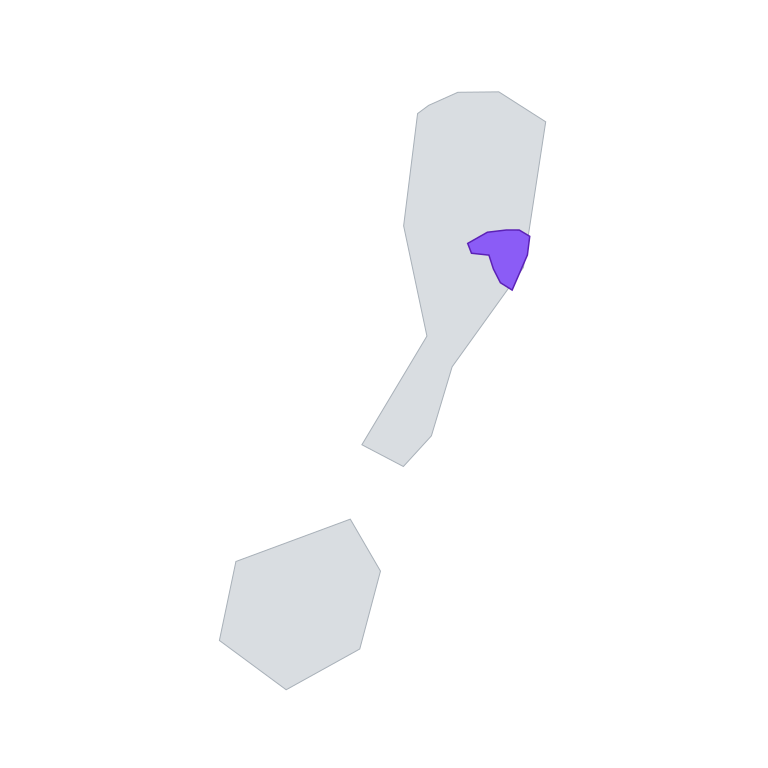 Saint Mary Cayon highlighted on a map of Saint Kitts and Nevis, rotated 63°
{"feature_id": "KNA-5106", "entity_name": "Saint Mary Cayon", "entity_type": "Parish", "adm_level": 1, "iso_a3": "KNA", "parent_name": "Saint Kitts and Nevis", "parent_adm1": "", "projection": "natural_earth1", "projection_center": [-62.73, 17.347], "detail": "fine", "context": "in_parent", "style": "filled", "palette": "violet", "viewbox_px": 768, "rotation_deg": 63, "n_neighbors": 0, "source": "natural_earth", "source_scale": "10m", "svg_char_len": 617}
<svg xmlns="http://www.w3.org/2000/svg" viewBox="0 0 768 768"><g transform="rotate(63 384 384)"><path d="M466.3,404.2L428.1,431.3L360.8,324.0L252.0,294.7L158.3,231.3L156.0,217.7L157.6,185.8L175.8,149.1L223.8,120.9L343.5,206.9L399.6,315.5L451.7,365.3L466.3,404.2ZM612.0,610.0L537.8,647.1L474.9,596.5L489.1,475.4L549.1,472.1L609.1,525.9L612.0,610.0Z" fill="#d9dde1" stroke="#a8b0b8" stroke-width="1"/><path d="M318.6,187.1L334.2,197.7L358.5,227.2L346.6,234.3L331.2,234.3L316.8,232.0L307.2,246.7L296.7,245.6L295.7,223.0L302.4,204.9L308.2,193.6L318.6,187.1Z" fill="#8b5cf6" stroke="#5b21b6" stroke-width="1.5"/></g></svg>